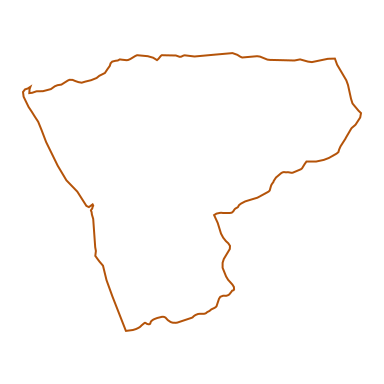 SVG path tracing the border of Zaire
{"feature_id": "AGO-1882", "entity_name": "Zaire", "entity_type": "Province", "adm_level": 1, "iso_a3": "AGO", "parent_name": "Angola", "parent_adm1": "", "projection": "robinson", "projection_center": [13.603, -6.817], "detail": "fine", "context": "isolated", "style": "outline", "palette": "amber", "viewbox_px": 384, "rotation_deg": 0, "n_neighbors": 0, "source": "natural_earth", "source_scale": "10m", "svg_char_len": 3038}
<svg xmlns="http://www.w3.org/2000/svg" viewBox="0 0 384 384"><path d="M232.5,53.1L237.3,54.8L240.3,56.7L242.2,57.5L257.1,56.2L260.0,56.6L267.4,59.6L269.9,59.9L283.0,60.2L294.4,60.5L300.1,59.4L308.0,61.6L311.9,62.1L327.9,58.8L334.9,58.6L337.1,64.7L346.3,80.3L348.0,85.0L351.0,98.7L352.5,103.5L358.5,110.7L361.0,113.1L360.2,117.5L355.6,124.6L354.9,125.3L351.9,127.8L351.3,128.5L345.8,137.9L345.5,138.6L340.5,146.4L339.1,149.6L338.4,152.1L336.6,153.6L328.8,158.0L323.8,159.9L316.3,161.5L306.5,161.5L304.7,164.0L302.0,168.4L301.5,168.8L300.8,169.3L292.7,172.7L291.7,172.8L290.9,172.7L288.7,172.3L287.9,172.2L286.5,172.3L285.7,172.3L284.3,172.1L283.6,172.1L282.9,172.3L282.3,172.5L281.1,173.2L276.0,177.5L274.6,179.6L273.7,181.0L273.5,181.8L273.1,182.4L272.0,183.9L271.5,184.7L271.0,185.9L269.7,190.5L268.6,191.6L257.4,197.7L250.4,199.8L245.2,201.4L241.0,203.6L239.3,204.9L238.9,205.3L238.0,207.0L237.5,207.4L235.5,208.5L234.8,209.1L234.3,209.7L233.6,210.9L232.2,212.4L231.2,212.8L229.6,213.0L222.9,213.0L221.6,212.8L220.9,212.8L219.8,212.9L216.5,213.6L214.1,215.1L217.7,222.9L221.0,233.6L223.2,237.7L225.9,241.1L228.3,243.3L230.0,245.9L229.8,249.0L223.8,259.0L222.6,262.8L222.6,267.8L226.1,276.5L228.1,279.8L232.5,284.7L233.9,287.0L234.0,288.6L234.1,289.2L233.6,290.2L232.1,290.7L231.3,291.9L229.3,294.4L228.6,294.9L227.8,295.3L226.2,295.8L223.6,295.7L222.9,295.8L220.3,296.8L219.0,298.8L216.5,306.3L215.6,307.2L214.5,307.9L211.5,309.3L210.9,309.7L210.4,310.2L209.4,311.0L207.6,311.9L207.1,312.2L206.6,312.6L206.1,313.1L205.2,313.5L204.0,313.8L199.7,313.8L198.0,314.0L195.5,315.0L194.3,315.8L193.5,316.4L192.6,317.4L191.7,317.8L177.3,322.6L175.8,322.8L172.8,322.7L171.4,322.3L170.4,321.9L169.9,321.5L168.2,320.4L167.7,320.0L165.5,317.6L164.3,317.0L163.3,316.8L162.0,316.8L157.2,318.0L154.3,319.1L152.8,319.9L151.3,321.1L150.8,321.9L150.5,322.5L150.4,323.1L150.2,323.7L149.7,324.1L148.9,324.3L147.7,324.1L147.0,323.9L146.4,323.5L145.6,323.0L145.1,322.8L144.6,322.9L141.3,325.6L140.6,326.4L139.6,327.2L138.4,327.9L136.1,329.0L132.9,330.0L126.8,330.8L126.1,330.9L125.9,330.9L112.4,296.4L106.5,280.1L103.0,265.7L99.5,261.6L97.7,259.2L95.3,255.9L95.9,251.0L95.2,247.2L93.2,218.9L91.9,214.5L91.6,212.2L91.4,211.5L91.1,211.0L90.9,210.5L91.2,209.8L92.1,208.7L92.4,207.9L92.7,206.5L93.1,206.0L93.2,205.5L92.6,204.4L88.9,207.1L86.4,205.9L77.3,191.6L66.4,180.3L57.7,165.7L46.1,142.0L41.5,129.9L38.2,121.8L34.8,116.6L31.8,111.8L28.6,107.0L23.6,96.7L23.0,92.0L25.0,89.4L27.8,88.5L30.4,86.8L29.6,89.0L29.3,93.1L32.1,92.8L36.5,91.3L42.9,91.2L50.9,89.1L54.8,86.3L57.5,85.2L61.4,84.6L67.9,80.5L69.5,79.8L72.6,79.9L75.2,81.0L78.4,82.1L81.7,82.7L85.3,81.6L91.1,80.2L96.6,78.0L99.3,75.8L104.9,73.0L107.3,69.4L109.8,65.9L110.6,63.3L112.2,61.6L115.4,60.8L117.8,60.5L119.8,59.4L122.0,59.7L126.6,60.2L128.1,60.0L130.2,59.1L135.3,56.0L137.1,55.2L147.8,56.2L153.1,57.7L157.0,60.1L158.4,58.9L160.9,55.8L161.8,55.2L165.9,55.3L175.9,55.5L179.6,56.8L181.1,56.7L183.4,55.6L184.6,55.3L194.5,56.5L215.3,54.6L232.5,53.1Z" fill="none" stroke="#b45309" stroke-width="2"/></svg>